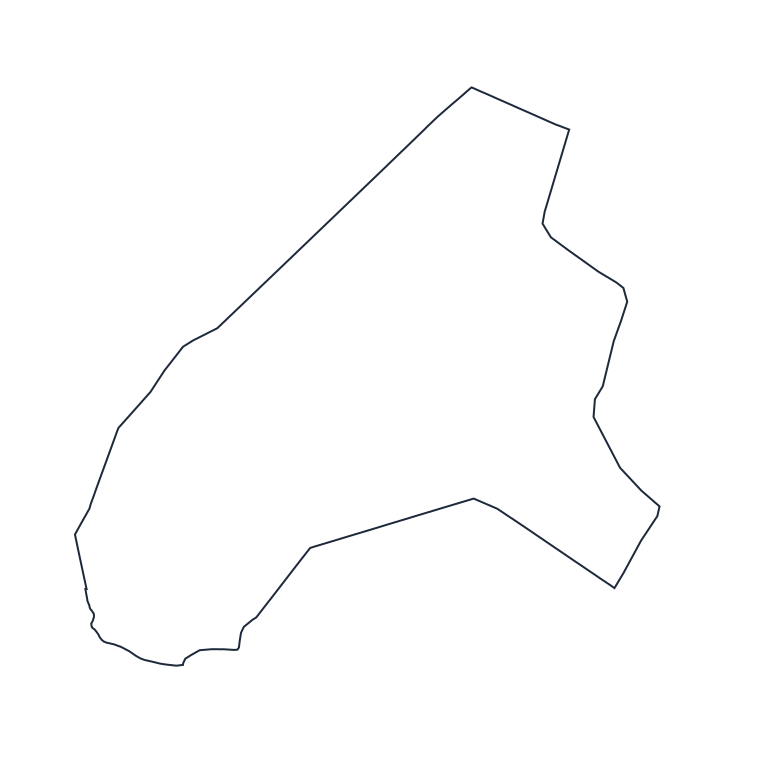 outline of Al Butanah, Gedarif, Sudan, rotated 277°
{"feature_id": "16777658B92441932102927", "entity_name": "Al Butanah", "entity_type": "district", "adm_level": 2, "iso_a3": "SDN", "parent_name": "Sudan", "parent_adm1": "Gedarif", "projection": "equal_earth", "projection_center": [34.366, 15.004], "detail": "fine", "context": "isolated", "style": "outline", "palette": "slate", "viewbox_px": 768, "rotation_deg": 277, "n_neighbors": 0, "source": "geoboundaries", "source_scale": "gbopen_adm2", "svg_char_len": 2353}
<svg xmlns="http://www.w3.org/2000/svg" viewBox="0 0 768 768"><g transform="rotate(277 384 384)"><path d="M308.1,125.8L304.6,124.9L283.3,120.0L247.4,111.7L237.9,109.6L232.4,108.3L230.3,107.8L227.0,107.2L224.3,106.8L218.3,104.3L208.6,100.3L197.0,95.6L179.4,101.6L153.9,110.4L144.2,113.8L144.1,112.6L137.6,114.6L133.8,115.8L132.7,116.0L129.6,117.8L128.1,118.6L126.9,118.9L125.8,119.4L124.5,120.3L123.9,121.1L121.8,123.0L120.2,124.1L118.5,124.3L117.3,124.5L115.7,124.2L113.7,123.8L112.8,123.6L111.7,123.1L110.4,122.6L109.1,123.0L107.0,123.7L106.2,124.7L105.0,126.8L103.4,128.4L102.5,129.3L100.5,131.1L98.0,132.7L95.6,135.1L94.2,137.4L93.5,140.0L92.7,147.6L91.0,155.1L87.6,164.0L84.0,170.8L82.0,175.5L80.9,180.1L80.3,186.4L79.2,195.7L79.0,200.8L79.1,212.2L80.7,218.7L82.5,218.7L87.2,220.3L89.9,223.7L90.4,224.2L90.7,224.7L91.0,225.0L91.5,225.7L91.9,226.2L92.1,226.4L92.3,226.7L92.4,226.9L92.6,227.1L92.9,227.5L93.5,228.4L94.8,230.1L97.3,233.5L99.8,245.4L101.2,257.5L101.8,267.7L102.5,271.0L104.8,272.1L111.5,272.1L119.6,272.4L124.2,273.9L125.9,274.5L133.9,282.2L136.8,285.7L143.7,289.8L153.4,295.6L170.5,305.8L178.3,310.4L199.2,322.8L212.3,330.7L214.6,335.8L218.1,343.8L227.6,365.3L231.3,373.7L237.8,388.5L241.1,396.0L245.5,405.8L249.9,415.8L257.0,431.9L269.9,461.2L281.2,487.0L274.0,511.6L259.8,539.8L230.6,596.5L228.6,600.5L226.5,604.6L224.3,608.8L220.9,615.5L217.4,622.2L214.7,627.6L211.2,634.5L209.5,637.6L211.5,638.5L225.7,644.8L260.0,658.3L286.2,671.4L296.1,672.4L309.5,652.5L329.6,628.5L376.8,596.0L394.6,595.2L408.4,601.4L454.5,606.8L475.2,611.5L495.3,615.4L508.5,609.9L513.1,602.2L521.7,582.9L528.7,570.1L539.0,551.1L549.9,531.8L562.5,521.8L574.6,522.5L659.1,536.8L660.6,530.7L661.4,527.5L662.5,522.7L664.0,517.7L671.0,494.7L673.8,485.3L677.3,473.9L679.9,465.2L685.1,448.1L685.6,446.3L687.4,440.2L688.3,437.5L688.4,437.1L688.7,435.9L688.8,435.8L689.0,435.0L689.0,434.7L688.9,434.6L688.2,433.9L683.2,429.4L676.5,423.4L669.9,417.3L664.9,412.8L656.0,404.8L651.5,401.1L644.9,395.7L642.1,393.5L640.2,392.0L618.9,374.8L618.1,374.1L597.6,357.5L559.8,326.7L499.1,277.2L465.2,249.5L443.8,232.0L438.9,228.0L428.9,219.8L428.3,219.3L428.0,219.1L425.0,216.6L421.4,213.7L420.1,212.6L419.7,212.3L419.1,211.8L403.9,189.1L396.5,180.0L371.5,165.0L371.3,164.8L347.1,152.9L346.1,152.1L322.6,135.9L308.1,125.8Z" fill="none" stroke="#1e293b" stroke-width="2"/></g></svg>